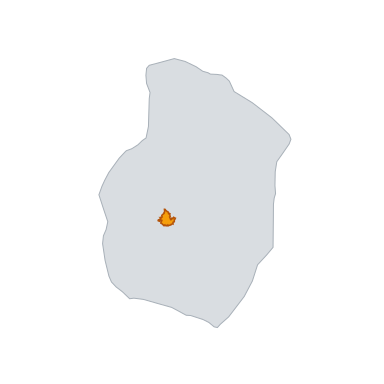 Thaba-Tseka, Thaba-Tseka, Lesotho shown in context, rotated 153°
{"feature_id": "5366337B12676471094494", "entity_name": "Thaba-Tseka", "entity_type": "district", "adm_level": 2, "iso_a3": "LSO", "parent_name": "Lesotho", "parent_adm1": "Thaba-Tseka", "projection": "equal_earth", "projection_center": [28.592, -29.521], "detail": "fine", "context": "in_parent", "style": "filled", "palette": "amber", "viewbox_px": 384, "rotation_deg": 153, "n_neighbors": 0, "source": "geoboundaries", "source_scale": "gbopen_adm2", "svg_char_len": 4569}
<svg xmlns="http://www.w3.org/2000/svg" viewBox="0 0 384 384"><g transform="rotate(153 192 192)"><path d="M241.5,255.2L232.9,258.3L231.7,258.6L226.1,257.9L218.7,258.6L212.9,260.4L208.4,261.0L201.1,270.1L187.7,294.6L184.2,299.7L183.2,309.3L180.1,316.9L176.3,322.8L172.6,324.3L161.5,321.9L147.2,318.9L138.9,311.5L131.5,301.8L127.6,294.7L123.5,290.9L122.1,288.7L116.3,285.4L114.1,283.8L112.2,282.6L109.8,277.9L108.4,273.8L108.9,262.4L104.8,255.7L97.7,244.1L93.2,234.6L87.1,221.7L83.3,210.6L79.4,199.1L79.9,194.1L83.6,190.7L94.3,184.9L102.7,180.5L108.7,172.2L115.2,160.0L118.3,152.6L121.5,149.3L125.0,144.1L131.0,132.5L137.7,119.7L144.9,105.9L154.1,102.0L166.6,97.4L178.6,85.3L192.9,75.2L216.0,64.1L226.8,61.3L230.9,59.7L233.5,61.8L236.2,68.1L240.1,73.4L249.3,82.6L253.1,84.8L262.5,98.4L272.6,107.7L284.1,118.4L292.0,123.8L296.0,125.2L299.3,134.7L302.7,141.8L304.6,148.4L304.2,154.8L300.5,170.5L295.1,186.6L290.8,193.2L285.6,197.5L280.5,203.8L278.6,216.6L276.2,231.8L269.6,238.0L264.4,242.1L257.3,247.1L241.5,255.2Z" fill="#d9dde1" stroke="#a8b0b8" stroke-width="1"/><path d="M235.2,181.8L234.9,181.4L234.7,181.2L234.5,180.9L234.4,180.7L234.2,180.7L233.9,181.0L233.6,181.2L233.6,181.4L233.4,181.5L232.8,181.3L232.6,181.2L232.4,181.1L232.2,181.0L232.0,180.9L231.9,180.7L231.7,180.6L231.7,180.4L231.8,180.3L231.8,180.2L232.0,180.0L232.4,179.9L232.5,179.7L232.8,179.6L233.0,179.4L233.1,179.5L233.2,179.4L233.3,179.3L233.6,178.9L233.7,178.7L233.9,178.4L233.9,178.2L233.6,177.9L233.3,177.8L233.2,177.6L233.1,177.3L233.0,177.0L233.0,176.5L232.9,176.3L232.8,176.2L232.7,176.1L232.6,175.8L232.5,175.6L232.5,175.2L232.3,174.7L232.2,174.7L232.1,174.9L232.0,175.0L231.9,174.9L231.8,174.7L231.8,174.8L231.7,175.0L231.6,174.9L231.5,174.7L231.4,174.6L231.5,174.5L231.5,174.4L231.4,174.3L231.2,174.2L231.1,174.3L231.1,174.2L230.9,174.1L230.7,174.2L230.7,174.3L230.6,174.2L230.5,173.9L230.5,174.0L230.4,173.8L230.2,173.9L230.1,173.7L229.9,173.5L229.7,173.5L229.7,173.3L229.5,173.2L229.4,173.3L229.3,173.2L229.2,173.3L229.2,173.2L228.9,173.0L228.7,172.9L228.5,173.0L228.5,172.8L228.4,172.8L228.3,172.7L228.2,172.8L228.0,172.7L227.9,172.8L227.8,172.7L227.7,172.7L227.3,172.6L227.0,172.5L226.9,172.5L226.7,172.5L226.5,172.4L226.4,172.4L226.1,172.3L225.9,172.3L225.6,172.5L225.5,172.4L225.4,172.3L225.2,172.3L224.9,172.4L224.7,172.4L224.7,172.5L224.4,172.4L224.3,172.5L224.1,172.5L223.9,172.5L223.8,172.4L223.6,172.4L223.4,172.5L223.3,172.3L223.1,172.7L223.0,173.0L222.9,173.3L222.8,173.5L222.6,173.7L222.3,173.6L222.1,173.6L221.9,173.5L221.7,173.7L221.4,173.9L221.4,173.6L221.2,173.6L220.8,174.4L220.7,174.6L220.6,174.9L220.4,175.0L220.1,175.2L220.0,175.3L219.7,175.4L219.5,175.5L219.1,175.9L218.7,176.2L218.8,176.3L219.0,176.5L219.4,177.0L219.5,177.2L219.6,177.3L219.7,177.6L219.8,177.5L219.8,177.4L220.0,177.4L220.1,177.5L220.4,177.6L220.5,177.4L220.8,177.5L221.0,177.4L221.1,177.2L221.3,177.3L221.4,177.2L221.5,177.3L221.5,177.2L221.8,177.4L221.9,177.2L221.9,177.3L222.0,177.3L222.1,177.5L222.3,177.5L222.4,177.4L222.5,177.5L222.5,177.4L222.6,177.2L222.8,177.1L222.9,176.9L223.0,176.9L223.3,176.8L223.5,176.9L223.6,177.1L223.5,177.3L223.5,177.5L223.5,177.8L223.4,178.0L223.4,179.1L223.3,179.7L223.3,179.9L223.2,179.9L222.8,179.9L222.4,180.3L222.4,180.5L222.4,180.9L222.3,181.3L222.1,182.1L222.0,182.4L221.8,182.5L221.7,182.4L221.5,182.5L221.7,183.0L221.8,183.1L222.0,183.1L222.4,182.9L222.5,182.9L222.5,183.0L222.4,183.0L222.5,183.0L222.5,183.3L222.4,183.9L222.5,183.9L222.4,184.1L222.3,184.5L222.4,184.8L222.4,185.1L222.5,185.1L222.7,185.5L222.9,185.6L223.1,185.9L223.1,186.0L223.1,186.5L223.5,186.9L223.5,187.0L223.7,187.4L223.8,187.7L223.7,188.2L223.8,188.4L223.8,188.5L224.0,189.0L224.4,189.1L224.4,188.9L224.7,188.5L224.8,188.0L224.9,187.9L225.0,187.7L225.2,187.4L225.4,186.9L225.6,186.7L225.8,186.4L226.3,186.3L226.5,186.2L226.5,185.7L226.8,185.6L227.0,185.5L227.9,185.4L228.1,185.4L228.3,185.3L228.5,185.3L228.9,185.1L229.4,184.9L229.5,184.9L229.7,184.5L229.7,184.3L229.7,184.1L229.8,183.8L229.9,183.7L229.9,183.4L230.0,183.4L230.2,183.2L230.3,183.2L230.3,183.3L230.5,183.3L230.6,183.2L230.7,183.4L230.8,183.4L230.8,183.2L231.0,183.1L230.9,183.3L231.0,183.4L231.1,183.2L231.3,183.1L231.4,183.3L231.6,183.4L231.5,183.2L231.8,183.2L232.0,183.2L232.3,183.0L232.3,182.8L232.4,182.7L232.5,182.6L232.7,182.4L232.8,182.3L232.8,182.1L233.0,181.9L233.1,182.0L233.3,181.9L233.3,182.0L233.5,182.0L233.9,182.1L234.0,182.3L234.4,182.4L234.5,182.4L234.5,182.2L234.6,182.3L234.8,182.2L234.8,181.9L235.0,182.0L235.1,181.9L235.2,181.8Z" fill="#f59e0b" stroke="#b45309" stroke-width="1.5"/></g></svg>